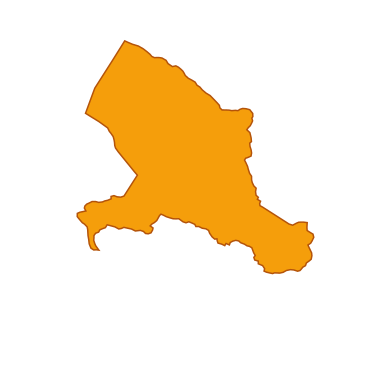 outline of Rio Claro, São Paulo, Brazil, rotated 301°
{"feature_id": "56859067B34756942449847", "entity_name": "Rio Claro", "entity_type": "district", "adm_level": 2, "iso_a3": "BRA", "parent_name": "Brazil", "parent_adm1": "São Paulo", "projection": "equal_earth", "projection_center": [-47.607, -22.398], "detail": "fine", "context": "isolated", "style": "filled", "palette": "amber", "viewbox_px": 384, "rotation_deg": 301, "n_neighbors": 0, "source": "geoboundaries", "source_scale": "gbopen_adm2", "svg_char_len": 3101}
<svg xmlns="http://www.w3.org/2000/svg" viewBox="0 0 384 384"><g transform="rotate(301 192 192)"><path d="M286.9,56.5L264.5,56.1L231.0,55.2L224.5,56.4L204.6,60.2L204.5,67.1L204.4,75.9L203.5,86.7L201.4,89.9L200.5,92.4L198.9,95.9L196.5,98.4L194.5,100.1L192.1,101.8L190.3,103.8L188.4,108.2L179.7,132.2L178.3,136.5L153.5,135.8L150.9,133.6L149.3,130.3L148.7,127.0L146.5,124.9L144.5,126.2L141.5,124.0L139.4,121.8L137.4,120.4L135.0,117.3L134.2,114.4L132.4,111.3L129.4,109.4L127.4,108.0L124.9,107.4L122.8,108.0L121.1,110.8L119.5,109.1L116.9,106.3L114.6,104.7L111.8,106.3L110.6,109.5L109.2,113.8L109.1,116.4L108.1,120.1L106.0,122.0L102.9,124.1L101.0,125.4L98.0,128.0L94.6,130.6L91.8,134.3L91.7,137.6L93.2,139.8L94.2,142.1L96.3,137.2L97.8,135.1L99.9,132.7L102.3,131.5L104.1,130.4L107.0,130.6L109.5,132.6L112.1,132.5L114.6,134.3L116.8,136.1L120.2,136.2L121.2,139.7L122.4,143.9L122.6,148.3L124.3,150.2L126.6,151.8L127.9,155.7L129.1,159.2L129.4,163.5L132.5,167.5L133.2,170.7L132.5,173.5L133.6,176.0L135.9,177.9L139.2,177.8L141.1,177.1L141.4,173.6L144.1,174.2L146.4,175.5L149.4,176.5L152.1,176.4L155.1,176.3L157.0,176.8L157.4,179.4L157.6,182.6L158.4,186.1L159.3,189.5L160.6,191.9L162.3,194.5L161.8,199.6L162.5,202.7L164.9,204.7L165.4,208.2L165.7,211.1L164.4,213.1L165.9,215.6L166.2,219.4L167.6,222.9L167.6,226.0L165.7,228.4L163.9,232.3L163.3,235.7L164.7,237.5L163.1,238.8L161.6,240.6L162.6,244.3L162.9,247.7L165.4,247.7L165.9,251.3L168.4,250.8L170.8,252.2L173.1,254.4L174.1,257.2L173.6,259.8L174.3,263.9L174.2,266.9L175.0,269.2L175.0,272.0L173.1,274.4L171.7,276.1L170.1,278.9L167.8,278.7L166.0,280.8L166.9,284.4L164.6,285.8L165.3,290.4L163.7,293.7L161.3,294.5L161.6,297.0L162.6,300.2L163.6,303.1L165.2,304.4L167.7,309.0L170.1,311.5L173.3,313.3L176.1,316.3L177.6,319.4L178.5,323.3L180.3,325.0L182.2,325.4L184.6,325.7L187.3,327.2L190.1,326.6L193.6,328.1L195.8,328.8L199.1,327.6L201.4,325.9L204.9,320.6L206.3,318.7L209.2,320.1L212.0,320.1L215.9,319.7L218.2,317.4L218.2,313.3L218.3,310.5L220.9,308.7L225.1,306.5L223.6,303.1L222.3,300.9L221.0,299.0L219.1,297.6L215.4,295.4L214.5,291.6L214.6,288.9L215.4,260.4L215.3,257.3L217.0,255.9L219.4,255.5L219.4,251.8L221.6,251.6L222.2,248.6L225.0,246.3L228.3,245.0L229.1,241.8L231.1,238.8L233.0,236.9L236.2,234.9L237.7,231.7L240.6,228.4L242.5,226.5L244.8,223.2L246.4,220.6L248.6,220.6L250.2,222.0L253.2,224.1L256.1,223.0L258.5,221.0L261.0,218.2L263.6,216.3L265.8,217.0L268.7,214.9L270.3,213.4L272.7,211.0L273.6,206.9L276.1,207.1L278.8,207.8L282.0,207.6L284.2,207.3L286.1,205.3L288.0,205.3L290.6,203.6L292.3,199.1L291.2,195.4L289.7,192.4L287.7,190.6L285.4,189.5L284.3,187.1L282.2,184.2L281.3,181.7L279.9,179.1L277.8,175.5L278.5,172.6L280.4,170.8L281.3,167.9L282.1,165.0L284.0,157.9L284.0,153.0L284.8,148.2L286.0,144.7L286.1,141.3L287.8,138.1L287.8,133.9L287.6,130.2L288.4,126.2L289.7,124.2L290.9,121.9L291.5,119.4L292.0,116.1L291.8,113.2L289.4,110.6L289.7,105.3L291.5,102.0L291.4,97.3L290.4,94.8L289.2,92.7L287.8,90.6L287.5,87.7L288.4,85.1L289.1,80.9L289.6,76.6L289.5,70.9L288.8,68.1L288.0,65.0L287.3,60.1L286.9,56.5Z" fill="#f59e0b" stroke="#b45309" stroke-width="1.5"/></g></svg>